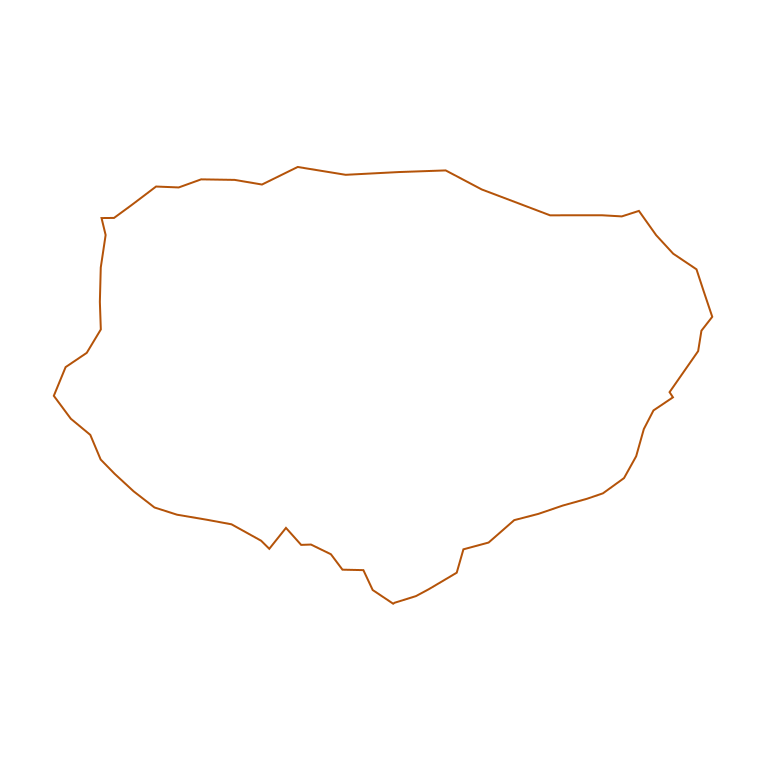 Apesia, Limassol, Cyprus (orthographic projection), rotated 88°
{"feature_id": "46923920B26511278175310", "entity_name": "Apesia", "entity_type": "district", "adm_level": 2, "iso_a3": "CYP", "parent_name": "Cyprus", "parent_adm1": "Limassol", "projection": "orthographic", "projection_center": [32.979, 34.782], "detail": "fine", "context": "isolated", "style": "outline", "palette": "amber", "viewbox_px": 768, "rotation_deg": 88, "n_neighbors": 0, "source": "geoboundaries", "source_scale": "gbopen_adm2", "svg_char_len": 1009}
<svg xmlns="http://www.w3.org/2000/svg" viewBox="0 0 768 768"><g transform="rotate(88 384 384)"><path d="M603.9,382.5L603.0,381.1L597.1,359.5L590.7,346.5L575.1,317.9L552.0,310.4L546.1,285.0L524.6,258.6L519.2,234.3L511.7,209.5L505.8,185.2L500.9,169.0L486.4,147.4L465.0,134.5L438.1,125.9L419.8,115.6L407.4,95.7L402.1,98.9L362.1,68.9L341.8,64.9L328.3,53.6L301.7,61.5L280.3,67.7L263.9,90.4L244.8,106.8L219.9,123.2L224.8,140.5L223.0,160.0L221.2,212.2L211.5,235.3L193.0,279.5L172.7,314.9L172.7,361.9L173.6,415.0L164.1,462.7L180.4,499.0L179.6,502.8L174.8,526.2L173.1,559.6L180.4,582.3L178.7,604.9L196.7,630.5L208.6,648.0L208.3,660.5L225.4,657.0L257.7,663.0L292.0,665.1L319.6,665.1L342.5,680.0L356.0,701.6L384.3,714.4L407.8,698.2L424.6,679.3L449.6,669.8L464.4,656.3L482.5,638.0L499.4,617.7L507.4,595.4L513.5,565.7L518.9,541.3L536.4,512.2L544.7,504.4L525.1,487.6L524.4,487.0L541.9,472.4L541.9,462.6L552.3,443.0L568.1,432.0L569.3,411.1L589.5,402.5L603.9,382.5Z" fill="none" stroke="#b45309" stroke-width="2"/></g></svg>